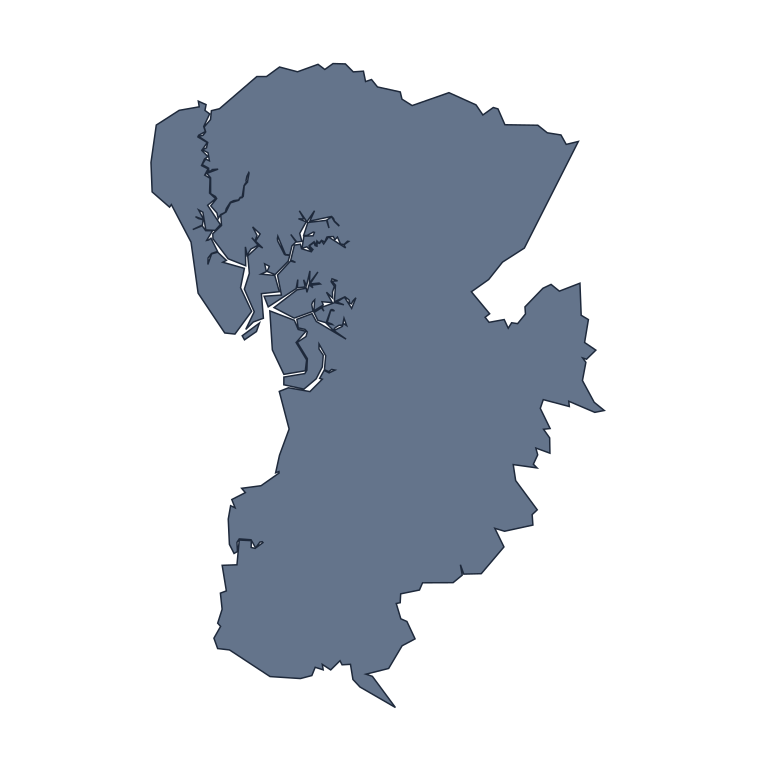 outline of Naranjal, Guayas, Ecuador, rotated 356°
{"feature_id": "8360857B52535355247444", "entity_name": "Naranjal", "entity_type": "district", "adm_level": 2, "iso_a3": "ECU", "parent_name": "Ecuador", "parent_adm1": "Guayas", "projection": "robinson", "projection_center": [-79.674, -2.573], "detail": "fine", "context": "isolated", "style": "filled", "palette": "slate", "viewbox_px": 768, "rotation_deg": 356, "n_neighbors": 0, "source": "geoboundaries", "source_scale": "gbopen_adm2", "svg_char_len": 6152}
<svg xmlns="http://www.w3.org/2000/svg" viewBox="0 0 768 768"><g transform="rotate(356 384 384)"><path d="M372.8,707.5L352.0,674.8L345.8,672.2L368.8,668.1L383.8,646.4L397.2,640.4L390.3,622.5L384.4,619.4L380.9,603.8L384.9,603.3L386.0,594.5L405.0,592.0L408.6,585.0L439.1,587.0L448.7,580.1L447.6,569.6L450.3,579.2L467.8,580.0L492.3,554.9L484.5,535.7L494.0,539.3L522.7,535.1L522.7,524.6L528.1,520.2L508.6,489.5L507.3,473.4L530.8,478.4L527.4,474.4L532.4,465.4L531.0,458.5L544.7,464.6L545.5,449.3L540.0,440.3L546.6,440.0L538.2,419.2L541.8,410.7L567.3,419.4L567.1,414.1L592.3,427.0L601.9,425.8L592.4,416.9L582.2,394.4L586.9,376.5L584.0,371.9L587.8,373.4L597.7,365.0L587.0,356.6L592.4,334.0L585.5,329.2L586.5,297.1L565.4,303.6L557.6,296.3L549.2,299.6L530.0,316.9L530.0,324.0L521.5,333.1L515.6,331.8L511.8,337.0L508.4,328.1L493.1,329.8L489.5,324.5L494.3,321.3L477.6,298.1L495.7,287.1L510.7,270.7L533.5,258.2L594.8,155.6L582.5,157.7L577.9,147.9L564.4,144.8L555.5,136.6L522.7,133.8L516.9,117.5L512.3,115.8L501.4,122.5L495.3,112.0L469.1,97.9L431.5,108.2L421.8,101.1L420.6,93.8L398.2,87.2L392.8,79.4L386.7,81.0L385.3,70.5L375.1,70.5L367.8,62.0L355.5,60.8L346.9,66.1L340.5,60.5L319.5,66.5L301.9,60.5L288.2,69.1L278.6,68.4L239.1,97.9L230.9,99.3L229.4,108.1L222.5,115.1L223.7,120.1L220.8,123.3L216.3,124.0L225.0,130.7L223.4,136.0L219.3,137.8L224.6,141.0L225.4,149.2L221.8,147.2L217.9,152.4L224.1,156.5L223.9,158.9L220.2,162.9L222.1,161.0L225.1,159.4L227.0,159.2L227.5,158.1L233.5,158.1L222.0,161.5L225.4,166.2L224.3,182.0L228.9,185.2L230.0,187.4L223.6,194.2L229.3,201.8L230.2,207.4L232.8,203.6L237.6,201.7L239.0,197.9L243.4,192.0L246.8,190.6L251.7,190.3L253.7,187.7L255.5,187.8L258.2,176.4L260.0,173.8L261.6,173.0L260.7,172.3L260.5,171.6L261.7,167.3L263.9,163.6L264.1,164.1L261.8,173.2L258.4,176.5L256.7,186.9L255.4,188.2L253.5,188.3L251.9,190.6L243.5,192.6L238.4,201.4L232.9,204.2L233.0,214.5L223.7,222.1L223.5,227.1L237.2,248.2L254.3,256.4L255.3,237.5L256.4,245.9L260.7,240.1L268.0,236.8L262.3,228.8L265.3,232.4L267.7,226.9L263.9,218.1L270.9,225.7L265.9,232.6L272.5,239.9L268.7,237.4L257.0,246.7L257.4,264.2L251.3,279.6L259.6,302.9L249.9,319.9L258.0,313.0L268.3,310.0L268.0,285.3L286.0,284.6L282.6,268.1L269.0,265.8L274.5,263.7L273.3,255.8L277.8,258.6L275.2,263.6L283.0,267.2L297.0,254.8L299.0,249.1L294.7,248.4L293.7,247.7L287.9,233.9L287.8,231.4L288.4,229.2L294.7,248.0L299.0,248.7L301.8,239.8L306.1,236.1L301.4,228.3L306.9,236.3L312.0,236.0L310.4,227.9L317.7,216.8L310.2,213.2L315.7,213.8L311.6,205.3L318.4,216.8L326.8,206.3L321.4,216.3L343.4,213.2L345.2,215.4L345.9,218.0L349.8,222.2L350.3,223.4L345.9,218.5L343.4,213.6L338.6,216.3L340.0,224.6L338.1,216.7L319.3,217.6L314.2,230.2L317.6,230.5L324.0,227.5L325.2,227.9L323.6,231.2L314.4,231.0L311.7,242.8L316.6,241.8L321.0,246.6L322.1,244.8L320.1,244.3L319.0,241.8L319.1,240.6L324.2,237.2L326.1,241.5L326.8,241.0L326.3,239.1L326.6,237.6L327.2,236.8L329.1,238.9L331.7,236.3L334.8,238.3L337.2,233.5L338.5,233.2L343.8,233.4L345.1,236.6L347.8,234.2L350.4,241.3L353.8,242.1L357.6,239.0L358.7,239.3L353.7,242.4L355.2,245.6L338.9,233.4L333.6,240.1L331.6,236.7L329.6,239.2L328.1,238.8L327.1,237.2L326.8,241.8L324.9,241.1L324.1,237.9L319.2,241.0L322.5,244.9L320.7,247.0L311.2,243.3L310.3,238.7L304.3,239.2L299.5,254.3L301.5,254.8L304.2,256.5L299.3,254.8L285.4,267.9L287.9,288.1L270.5,288.1L273.9,299.0L303.0,282.7L305.3,273.8L304.3,282.0L312.2,281.7L311.1,274.4L313.6,280.5L318.0,266.0L316.6,278.3L325.9,267.6L317.2,279.0L326.3,278.8L327.5,279.8L318.5,280.4L319.8,283.1L316.2,279.8L313.5,287.2L313.1,283.0L303.9,284.0L279.6,300.1L299.0,312.0L318.3,306.5L317.4,299.6L318.6,297.1L320.7,295.2L319.2,306.2L328.9,300.9L327.9,297.6L338.1,299.2L333.0,288.4L338.8,294.7L339.0,288.7L341.3,283.1L338.4,278.3L339.5,275.4L344.9,277.8L339.2,277.8L342.5,282.0L340.2,298.6L351.1,294.3L354.9,297.6L355.3,299.2L354.5,300.3L357.0,301.8L358.8,299.0L362.0,296.0L357.0,306.3L350.6,294.6L342.7,298.9L349.5,302.2L340.4,299.4L327.5,303.1L329.1,307.2L327.0,303.6L319.2,307.8L322.4,315.8L330.6,318.9L335.9,306.6L336.8,306.1L338.0,306.2L339.7,307.6L336.0,306.9L331.6,318.7L333.7,319.4L336.1,320.5L336.7,321.1L330.8,319.6L337.0,326.8L339.3,324.4L343.2,322.3L346.8,322.4L348.7,315.6L350.8,323.1L347.6,320.6L346.5,323.6L337.8,327.2L349.3,336.6L320.8,316.9L317.1,308.8L301.6,313.4L302.3,322.0L309.0,324.0L311.1,326.7L309.5,331.2L300.4,336.4L309.3,353.4L308.0,364.9L305.7,368.1L284.6,370.1L284.0,377.8L303.8,383.5L316.6,374.2L323.7,362.6L325.4,351.0L321.6,344.5L322.0,339.6L327.8,351.7L325.6,365.6L329.7,367.8L332.9,365.8L336.1,366.7L330.0,369.1L325.2,366.2L320.2,373.9L322.8,374.9L309.6,386.4L288.4,381.1L279.0,384.1L286.2,422.3L274.8,447.7L269.7,465.0L273.1,464.0L273.1,465.5L254.2,476.9L234.7,478.1L238.1,482.7L224.1,488.6L226.8,497.1L222.5,494.7L219.2,507.9L218.6,533.2L222.6,542.6L226.1,540.9L226.3,531.7L228.8,528.4L240.5,530.1L244.5,538.5L249.2,533.0L251.5,532.8L252.2,533.8L243.9,539.0L240.1,537.8L240.7,531.0L228.7,529.6L224.7,554.1L209.9,553.6L212.3,579.4L206.2,581.2L206.8,597.4L201.4,611.0L204.1,614.4L196.6,625.7L199.6,636.3L211.3,638.5L249.9,667.9L280.1,672.0L291.7,669.8L295.6,661.8L303.4,664.9L302.9,659.4L310.9,665.5L320.8,657.0L322.6,661.2L331.0,661.3L332.4,676.6L338.9,684.6L372.8,707.5ZM174.9,109.8L167.0,146.8L166.1,176.2L182.4,192.6L184.4,190.2L201.4,229.0L204.9,280.4L228.7,322.0L238.8,323.8L257.0,302.3L247.6,278.0L252.8,258.9L231.7,251.3L235.4,249.7L227.3,240.9L221.1,242.2L216.6,252.5L217.3,246.0L221.0,241.8L227.2,240.1L221.6,226.5L218.9,228.2L217.1,228.4L223.6,219.2L216.8,218.6L213.7,213.5L204.0,216.6L214.0,212.7L215.0,207.5L210.4,206.0L207.6,203.9L215.8,207.7L211.2,197.4L215.3,200.0L217.0,217.9L226.3,219.0L231.9,213.6L220.5,193.4L229.0,187.4L223.3,181.4L224.8,166.6L219.7,163.1L223.5,157.1L217.2,153.4L220.6,147.1L224.2,144.9L218.5,138.3L224.5,130.8L215.7,124.7L216.5,122.9L223.4,119.7L222.1,114.6L228.9,102.4L224.5,98.6L226.0,92.9L218.5,88.9L219.0,94.6L198.8,96.7L174.9,109.8ZM306.4,365.3L308.5,354.6L299.2,336.5L309.8,326.0L302.2,323.6L299.0,314.2L275.2,303.1L275.0,342.2L284.8,367.4L306.4,365.3ZM247.9,330.2L260.4,322.8L264.0,314.5L245.9,326.0L247.9,330.2Z" fill="#64748b" stroke="#1e293b" stroke-width="1.5"/></g></svg>